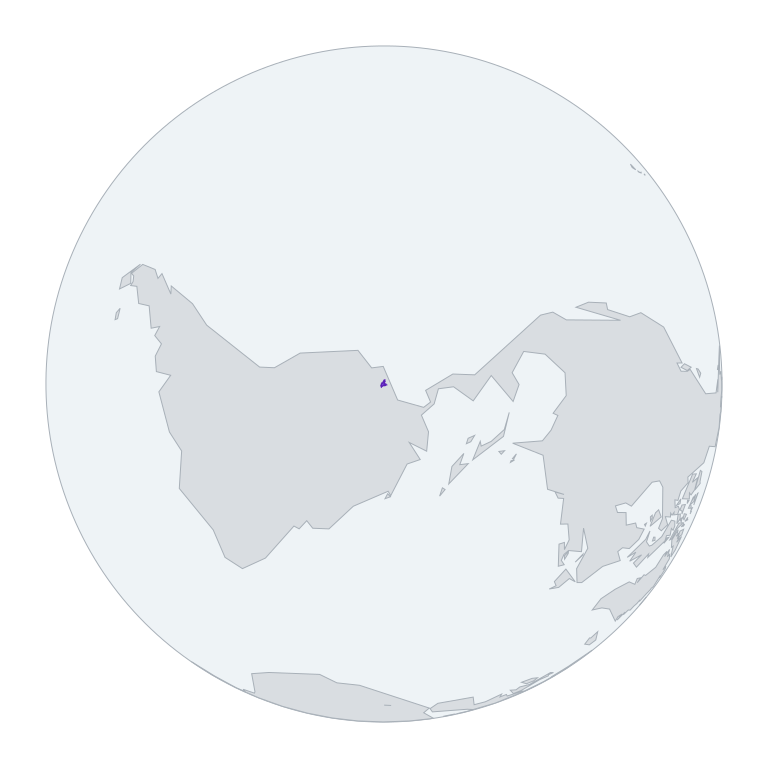 globe centered on Imbabura, rotated 119°
{"feature_id": "ECU-1410", "entity_name": "Imbabura", "entity_type": "Province", "adm_level": 1, "iso_a3": "ECU", "parent_name": "Ecuador", "parent_adm1": "", "projection": "orthographic", "projection_center": [-78.392, 0.503], "detail": "fine", "context": "on_globe", "style": "filled", "palette": "violet", "viewbox_px": 768, "rotation_deg": 119, "n_neighbors": 0, "source": "natural_earth", "source_scale": "10m", "svg_char_len": 7972}
<svg xmlns="http://www.w3.org/2000/svg" viewBox="0 0 768 768"><g transform="rotate(119 384 384)"><circle cx="384" cy="384" r="338" fill="#eef3f6" stroke="#a8b0b8"/><path d="M385.2,338.0L377.2,334.5L369.4,344.5L341.9,328.6L332.0,309.1L247.9,280.5L239.3,271.2L239.5,255.6L213.6,208.0L223.8,253.3L213.3,244.8L205.4,228.9L210.5,224.5L206.1,201.7L197.1,193.9L198.6,167.0L221.1,133.5L223.6,137.9L228.8,130.4L225.9,124.9L222.8,123.3L236.6,97.9L230.8,89.3L218.0,94.3L229.4,88.1L197.9,104.2L187.7,109.3L205.9,99.1L213.0,94.9L209.4,95.5L215.9,91.5L217.9,90.0L225.9,85.5L235.9,81.1L241.3,78.4L238.5,79.2L244.8,76.1L248.1,75.2L259.4,69.9L278.3,64.0L280.7,69.3L297.8,66.1L318.1,73.1L322.9,70.2L333.7,72.5L343.3,70.5L344.3,73.4L351.0,69.4L348.3,67.3L350.3,65.0L355.7,64.0L358.0,67.1L355.6,68.1L359.1,68.5L357.9,70.7L361.5,69.0L363.6,73.6L369.6,67.7L377.9,70.3L377.1,73.9L366.7,75.2L339.1,90.1L335.1,96.0L339.9,101.9L370.9,108.4L370.8,114.9L378.4,122.5L383.2,117.5L379.1,110.0L390.0,103.7L383.6,96.5L387.1,93.3L384.8,86.1L396.4,85.8L409.0,89.7L411.6,96.0L417.2,98.3L423.9,91.8L437.5,104.3L461.8,114.8L464.1,118.9L452.1,126.0L428.9,126.1L413.3,139.6L434.9,130.0L440.2,141.9L445.9,144.0L452.3,143.4L454.7,138.8L458.9,143.2L439.2,153.3L435.1,149.4L441.4,145.9L430.5,146.5L417.3,155.3L421.0,161.7L397.0,171.4L399.4,176.4L395.5,182.0L393.3,173.0L396.8,189.9L369.2,210.3L373.4,242.8L356.9,217.9L343.4,215.5L327.2,216.7L327.6,221.9L305.8,219.0L286.4,231.1L279.8,257.6L287.8,277.6L312.0,277.4L319.0,265.6L336.7,262.6L324.6,294.3L355.5,297.8L352.7,321.8L361.8,334.1L377.1,330.5L393.1,336.2L404.2,321.9L422.1,314.1L422.9,333.6L432.5,315.7L442.8,325.0L478.4,324.0L475.8,328.4L505.8,351.6L537.4,361.9L544.7,376.4L541.0,385.3L551.8,388.0L551.9,393.9L593.7,403.3L614.1,418.3L612.7,439.0L594.4,462.6L574.6,512.4L540.7,528.5L530.0,548.4L500.0,577.1L479.8,574.8L483.5,589.1L470.5,597.6L456.8,598.1L452.8,608.0L442.5,608.1L448.1,614.7L429.5,627.3L432.5,637.6L418.4,647.5L420.7,653.3L416.1,653.1L410.8,655.3L409.6,658.5L396.4,653.0L394.8,639.7L401.2,632.9L395.1,631.7L408.7,614.0L401.4,617.6L406.6,590.4L418.5,567.6L429.5,501.0L422.9,487.7L397.6,472.3L367.2,423.1L375.9,402.6L369.0,393.2L391.4,364.3L385.2,338.0ZM72.2,275.1L74.6,267.6L74.4,271.8L72.2,275.1ZM75.2,263.4L74.5,265.8L74.9,263.9L75.2,263.4ZM74.9,262.2L75.1,263.1L74.6,262.9L74.9,262.2ZM74.2,261.7L74.7,261.6L74.5,262.0L74.2,261.7ZM371.9,254.1L407.3,269.6L387.5,272.0L391.2,268.9L382.2,262.4L365.5,256.7L348.1,260.7L371.9,254.1ZM74.2,258.5L74.3,257.5L75.0,256.7L74.2,258.5ZM387.0,235.5L380.9,234.3L386.9,234.1L387.0,235.5ZM220.4,123.5L225.2,125.3L225.4,132.3L220.6,131.0L220.4,123.5ZM221.0,112.2L225.1,111.2L219.0,118.2L218.6,116.5L221.0,112.2ZM207.4,99.5L210.1,99.2L205.3,101.0L207.4,99.5ZM216.7,90.6L213.9,92.1L216.2,90.8L216.7,90.6ZM378.5,87.0L381.6,86.6L380.5,88.1L378.5,87.0ZM374.6,84.5L371.1,86.6L368.7,85.8L371.0,84.5L374.6,84.5ZM232.8,81.8L232.2,82.1L230.8,82.8L232.8,81.8ZM379.5,82.3L365.0,84.1L360.9,82.8L365.9,77.1L379.5,82.3ZM345.1,67.1L348.3,69.3L340.6,68.7L345.1,67.1ZM339.7,67.4L313.2,70.4L311.2,67.3L320.5,66.6L313.9,64.2L325.9,61.0L332.2,61.7L331.1,64.1L336.6,61.2L339.7,67.4ZM350.6,64.1L345.4,64.7L343.3,62.0L353.3,60.4L350.7,61.7L350.6,64.1ZM306.2,65.4L306.4,63.5L316.2,60.3L317.6,59.3L326.0,60.7L306.2,65.4ZM354.0,61.8L358.4,59.7L364.3,60.2L355.5,63.5L354.0,61.8ZM338.6,62.1L338.0,60.8L341.6,60.9L338.6,62.1ZM387.7,62.0L381.6,62.1L380.0,60.5L387.7,62.0ZM359.6,59.0L357.6,58.9L356.2,58.4L360.3,57.3L359.6,59.0ZM332.3,58.7L336.4,58.0L329.4,57.9L336.4,56.0L340.8,57.5L341.9,56.1L344.0,55.6L345.1,57.5L332.3,58.7ZM360.4,55.2L368.3,57.4L380.0,57.3L381.8,58.5L362.6,58.6L360.4,55.2ZM351.3,56.3L357.3,55.8L356.5,57.2L351.9,58.5L351.3,56.3ZM339.7,54.4L327.7,56.8L327.2,56.5L339.7,54.4ZM363.9,54.7L361.9,54.3L364.9,54.5L363.9,54.7ZM347.3,54.0L343.2,54.8L342.7,54.3L347.3,54.0ZM361.4,53.0L364.0,53.5L360.9,54.3L361.4,53.0ZM355.1,53.2L355.4,52.5L358.3,54.2L353.3,53.6L355.1,53.2ZM347.5,53.5L345.9,53.5L349.3,53.3L347.5,53.5ZM371.6,50.5L375.9,52.5L369.2,53.8L365.8,51.5L371.6,50.5ZM417.9,664.5L397.3,655.1L409.1,659.4L418.8,654.3L429.1,661.4L417.9,664.5ZM445.7,651.5L456.0,648.7L458.1,650.4L451.4,652.7L445.7,651.5ZM633.6,156.2L625.3,147.8L628.1,153.5L647.3,182.7L645.6,186.3L637.2,182.1L614.6,154.2L620.8,149.7L612.8,141.3L598.2,130.8L601.4,130.8L596.2,126.4L597.2,125.0L585.5,114.0L584.5,112.4L567.2,100.3L564.4,98.3L575.4,105.7L582.6,110.6L582.1,110.2L609.0,131.9L633.6,156.2ZM571.1,102.6L555.6,93.0L559.2,95.8L541.7,85.9L515.9,72.9L544.2,86.5L571.1,102.6ZM720.2,418.0L721.5,390.7L721.3,366.0L720.3,356.0L719.3,359.2L717.2,347.5L715.8,347.6L701.5,359.3L692.1,344.8L669.2,299.5L668.2,280.3L659.4,259.4L645.5,187.3L652.3,189.9L652.4,179.1L654.2,181.1L664.8,196.1L666.7,198.9L679.9,220.8L691.4,243.6L701.1,267.2L709.0,291.5L715.1,316.3L719.2,341.5L721.5,366.9L721.8,392.5L720.2,418.0ZM661.7,221.9L664.7,228.0L664.8,228.1L661.7,221.9ZM479.5,323.7L483.8,327.5L478.2,327.6L479.5,323.7ZM385.0,279.8L392.4,280.1L396.3,283.0L390.7,284.1L385.0,279.8ZM446.7,279.4L455.1,281.0L446.5,282.6L446.7,279.4ZM412.8,271.7L440.0,278.9L423.2,284.6L406.0,280.5L417.8,278.6L412.8,271.7ZM383.9,246.2L388.6,247.4L387.3,250.8L383.9,246.2ZM391.3,235.4L389.5,235.7L387.2,233.0L391.3,235.4ZM441.4,141.3L443.1,140.7L449.7,141.1L446.8,143.0L441.4,141.3ZM477.2,132.6L483.2,140.1L477.0,135.7L474.2,139.2L457.7,135.2L464.3,120.8L464.3,127.6L477.2,132.6ZM437.4,127.2L447.1,130.4L436.2,127.5L437.4,127.2ZM566.5,107.3L571.1,109.2L577.1,114.1L578.2,119.1L569.6,111.7L566.5,107.3ZM576.3,111.1L555.7,98.5L554.2,95.9L558.6,99.3L559.6,98.8L566.9,104.4L585.5,115.4L592.0,120.7L590.6,125.1L587.5,120.3L583.1,118.3L576.3,111.1ZM505.9,80.0L497.0,77.0L505.2,74.7L512.6,78.0L514.2,82.3L506.4,81.1L505.9,80.0ZM391.2,73.1L387.2,73.9L386.6,72.7L389.4,71.2L391.2,73.1ZM385.0,62.2L407.8,69.2L404.4,70.2L421.8,74.4L419.7,79.0L408.5,75.9L419.9,83.2L409.0,82.2L417.7,87.2L393.0,79.8L383.6,80.1L394.8,77.9L397.1,73.4L395.2,71.6L382.9,67.1L363.8,66.6L362.9,63.1L367.3,60.8L371.8,60.3L371.0,62.6L377.5,60.4L379.7,63.4L385.0,62.2ZM420.1,49.0L417.3,49.5L430.8,50.2L433.1,51.3L434.5,51.3L440.3,52.9L449.8,55.1L449.3,55.6L453.3,56.4L457.2,57.8L462.4,59.1L463.3,60.8L469.8,62.8L466.6,62.6L477.5,65.7L469.8,64.3L474.1,66.6L479.3,66.8L471.5,77.6L474.2,84.9L480.7,92.3L466.6,90.1L451.6,82.4L438.2,73.6L437.6,67.5L431.3,68.2L429.2,65.7L435.0,66.2L424.8,64.1L424.6,62.4L412.6,57.5L398.0,56.7L393.2,55.4L398.9,54.9L390.2,54.0L397.7,52.4L394.4,51.6L398.6,49.7L411.3,50.0L406.7,49.2L409.7,48.4L420.1,49.0ZM373.1,49.9L387.9,48.8L396.3,49.3L385.6,52.5L387.5,53.4L380.9,56.6L368.8,56.1L371.8,55.2L371.9,54.2L375.6,54.7L372.7,53.6L376.7,52.5L375.5,51.5L380.6,51.3L373.1,49.9ZM638.8,162.7L638.0,161.5L645.8,170.6L645.6,170.7L638.8,162.7ZM630.9,153.6L637.3,160.7L633.8,156.9L630.9,153.6ZM577.2,106.8L578.8,107.9L574.0,104.6L572.4,103.5L577.2,106.8ZM457.9,54.2L457.5,54.2L457.9,54.2ZM453.7,53.3L444.7,51.6L443.1,51.3L453.7,53.3Z" fill="#d9dde1" stroke="#a8b0b8" stroke-width="1"/><path d="M387.4,384.9L387.2,385.2L387.2,385.3L387.3,385.3L387.2,385.4L387.2,385.5L386.9,385.7L386.8,385.8L386.6,386.0L386.0,385.8L385.9,385.8L385.6,386.0L385.3,386.1L385.1,386.2L384.8,386.1L384.7,386.1L384.5,385.9L384.4,385.9L384.2,386.0L384.2,385.9L384.2,385.7L383.9,385.5L383.6,385.5L383.2,385.6L382.7,385.7L381.9,385.6L381.7,385.6L381.2,385.6L380.9,385.7L380.7,385.7L380.4,385.6L380.3,385.4L380.5,385.4L380.7,385.0L380.9,384.9L381.0,384.7L381.3,384.5L381.4,384.4L381.6,384.5L381.8,384.5L382.0,384.6L382.3,384.8L382.4,384.7L382.5,384.7L382.8,384.3L383.0,384.1L383.1,383.9L383.3,383.8L383.5,383.8L383.7,383.7L383.8,383.7L383.8,383.4L383.6,383.2L383.5,382.9L383.3,382.5L383.3,382.4L383.5,382.4L383.7,382.2L383.7,381.8L383.8,381.9L384.1,381.9L384.2,382.0L384.3,382.1L384.6,382.2L384.8,382.4L384.9,382.6L385.1,382.8L385.3,383.1L385.4,383.5L385.4,383.8L385.5,383.9L385.5,384.0L385.8,384.0L386.0,384.1L386.3,384.2L386.6,384.4L386.8,384.5L387.1,384.7L387.3,384.9L387.4,384.9Z" fill="#8b5cf6" stroke="#5b21b6" stroke-width="1.5"/></g></svg>